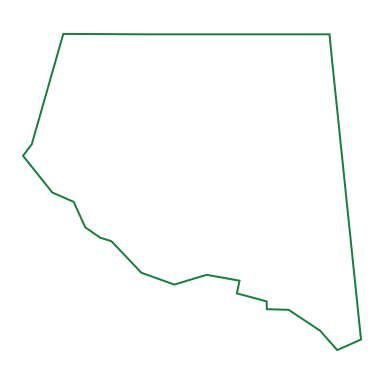 Rains, Texas, United States of America (Natural Earth projection)
{"feature_id": "52423323B52067062833636", "entity_name": "Rains", "entity_type": "district", "adm_level": 2, "iso_a3": "USA", "parent_name": "United States of America", "parent_adm1": "Texas", "projection": "natural_earth1", "projection_center": [-95.807, 32.846], "detail": "fine", "context": "isolated", "style": "outline", "palette": "green", "viewbox_px": 384, "rotation_deg": 0, "n_neighbors": 0, "source": "geoboundaries", "source_scale": "gbopen_adm2", "svg_char_len": 392}
<svg xmlns="http://www.w3.org/2000/svg" viewBox="0 0 384 384"><path d="M331.7,56.8L329.5,34.3L142.7,34.3L63.3,33.9L31.8,144.2L23.0,155.8L52.3,192.5L73.7,201.9L85.3,227.4L100.2,237.7L111.4,241.2L141.3,272.7L174.3,284.6L206.5,274.8L239.5,280.7L236.9,293.4L266.6,301.4L266.9,309.2L288.6,309.8L320.2,330.8L337.2,350.1L361.0,339.5L331.7,56.8Z" fill="none" stroke="#15803d" stroke-width="2"/></svg>